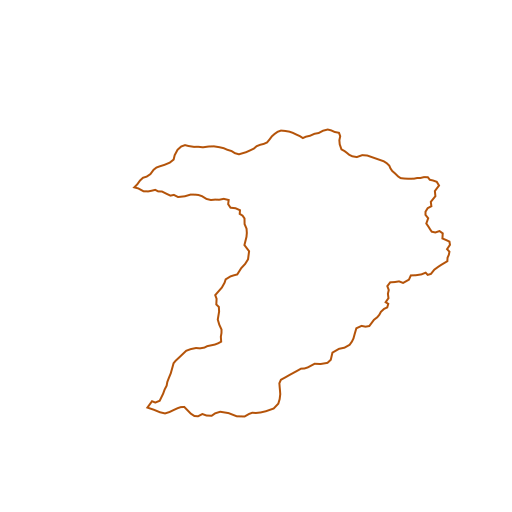 Nova Rosalândia, Tocantins, Brazil, rotated 227°
{"feature_id": "56859067B9139796576235", "entity_name": "Nova Rosalândia", "entity_type": "district", "adm_level": 2, "iso_a3": "BRA", "parent_name": "Brazil", "parent_adm1": "Tocantins", "projection": "natural_earth1", "projection_center": [-48.963, -10.527], "detail": "fine", "context": "isolated", "style": "outline", "palette": "amber", "viewbox_px": 512, "rotation_deg": 227, "n_neighbors": 0, "source": "geoboundaries", "source_scale": "gbopen_adm2", "svg_char_len": 3417}
<svg xmlns="http://www.w3.org/2000/svg" viewBox="0 0 512 512"><g transform="rotate(227 256 256)"><path d="M238.2,414.0L253.6,405.9L257.3,402.5L259.6,397.2L263.3,394.4L266.4,393.2L269.5,392.8L272.4,392.3L275.7,391.2L280.6,393.4L283.8,395.9L286.2,399.3L289.5,400.7L293.1,398.1L296.7,396.6L299.6,394.7L301.9,390.5L303.2,385.7L305.5,382.1L307.1,377.5L309.2,373.9L310.3,370.7L313.8,369.8L317.4,368.3L321.0,366.9L324.2,365.2L327.7,362.5L330.7,359.8L332.1,356.5L332.6,352.8L332.7,349.2L332.0,345.4L331.5,341.5L332.7,338.1L334.5,334.9L335.9,331.3L336.0,327.7L337.3,323.6L338.7,319.5L340.4,316.1L342.0,312.9L345.6,310.7L349.4,309.7L353.4,307.4L356.9,305.9L360.7,303.3L364.9,300.0L368.4,296.0L371.7,291.3L375.1,288.4L378.2,285.0L382.4,281.7L385.5,279.7L387.1,276.0L387.2,271.1L385.2,265.3L382.7,261.5L383.1,256.6L385.1,251.2L387.3,246.6L388.6,243.5L388.9,239.9L387.9,234.6L388.6,230.2L390.3,226.7L390.3,222.6L389.4,218.1L389.2,213.8L385.7,216.0L380.0,217.9L376.7,221.3L374.9,224.2L373.1,227.4L370.0,228.5L367.3,231.2L362.5,233.0L358.5,234.6L356.7,237.6L352.3,239.2L348.2,244.7L345.5,250.1L342.2,253.5L339.9,255.5L336.6,257.3L331.5,258.7L327.7,261.2L325.1,264.6L322.2,267.5L319.8,271.4L315.6,274.2L312.9,271.0L308.7,270.3L304.9,273.6L300.4,275.5L297.9,272.8L294.7,273.7L291.3,273.2L287.1,269.4L282.4,267.7L279.1,265.0L276.5,262.1L271.9,255.0L268.2,254.6L264.2,254.2L259.0,247.9L257.6,242.6L257.2,236.9L255.3,229.7L257.0,226.6L258.5,223.4L259.6,217.9L257.9,214.8L256.2,209.5L255.2,199.5L251.6,198.0L247.6,193.9L244.1,194.1L240.5,191.1L235.6,184.7L230.8,182.3L225.7,180.6L223.2,178.2L220.9,175.2L217.1,172.1L218.0,168.7L219.3,165.5L223.3,158.9L224.2,155.8L226.7,152.0L229.6,149.4L232.4,144.8L234.3,140.3L234.2,130.9L234.2,125.8L233.8,122.6L231.4,118.7L228.3,113.6L226.3,109.2L224.4,105.3L222.1,102.2L220.7,98.2L218.6,94.1L215.8,86.8L217.5,82.4L220.7,80.9L219.2,73.2L213.3,76.4L207.2,79.2L202.9,82.1L200.9,86.3L199.5,90.8L198.1,95.0L196.8,97.9L194.5,100.6L185.2,100.8L181.0,101.8L178.3,104.3L177.0,109.0L173.1,111.0L169.4,114.6L168.8,118.8L166.5,123.6L159.8,128.8L151.9,132.6L146.4,138.2L145.2,143.3L143.9,146.4L141.3,148.8L138.4,152.7L135.7,157.4L134.3,160.6L132.4,164.9L132.8,171.6L135.2,175.7L138.4,179.5L141.0,181.6L144.1,184.0L147.0,186.3L148.5,189.8L147.3,194.4L146.1,199.5L143.8,208.4L142.9,212.1L140.7,214.7L139.2,217.9L137.2,225.4L133.0,229.5L129.1,235.4L129.1,239.9L133.2,246.0L131.5,253.4L128.6,258.2L127.2,263.9L128.0,267.8L129.2,271.0L131.8,275.2L134.7,280.1L132.9,285.5L129.6,287.9L127.5,291.1L128.2,295.0L128.9,298.8L128.5,302.9L128.9,306.1L130.0,309.3L130.0,313.6L128.9,316.9L130.8,320.1L133.8,319.3L134.8,324.1L138.4,326.7L140.6,329.9L144.4,331.5L145.2,336.2L142.4,339.6L139.9,343.3L136.0,345.2L134.4,351.7L136.2,356.0L132.9,359.8L129.7,364.5L128.1,368.7L125.1,368.7L123.6,371.7L124.4,377.1L123.8,382.0L123.2,385.5L122.5,388.7L121.7,392.4L124.1,394.9L125.4,397.9L127.2,400.4L130.7,400.4L131.9,405.5L134.6,407.3L138.1,405.9L141.7,404.3L145.2,408.0L149.1,407.2L150.9,403.2L153.9,401.1L156.7,401.5L159.6,402.1L163.6,402.7L166.2,407.7L170.5,408.0L172.8,410.2L173.9,414.2L172.8,418.2L176.4,420.8L177.4,428.0L181.5,431.1L182.1,434.3L182.7,437.9L187.0,438.8L190.6,436.9L193.2,435.1L196.4,435.4L199.1,432.7L200.9,429.5L203.1,427.1L204.8,424.3L208.3,420.4L211.5,417.3L214.3,414.9L217.2,414.2L221.6,414.0L225.3,413.6L228.4,414.1L231.2,415.1L234.7,414.9L238.2,414.0Z" fill="none" stroke="#b45309" stroke-width="2"/></g></svg>